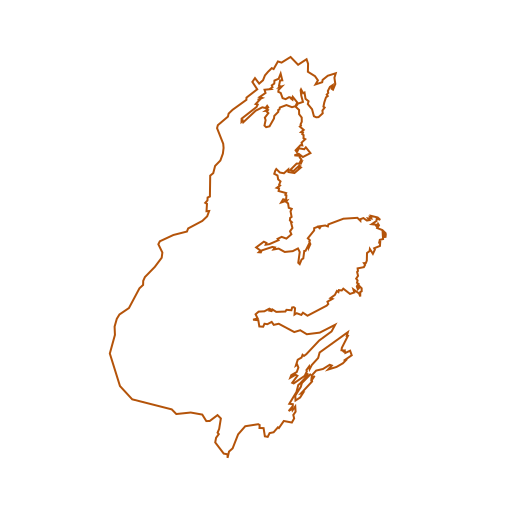 outline of Fusa nor, Hordaland, Norway, rotated 193°
{"feature_id": "86288312B62165724203406", "entity_name": "Fusa nor", "entity_type": "district", "adm_level": 2, "iso_a3": "NOR", "parent_name": "Norway", "parent_adm1": "Hordaland", "projection": "albers", "projection_center": [5.703, 60.194], "detail": "fine", "context": "isolated", "style": "outline", "palette": "amber", "viewbox_px": 512, "rotation_deg": 193, "n_neighbors": 0, "source": "geoboundaries", "source_scale": "gbopen_adm2", "svg_char_len": 6133}
<svg xmlns="http://www.w3.org/2000/svg" viewBox="0 0 512 512"><g transform="rotate(193 256 256)"><path d="M344.4,88.5L303.6,87.6L298.1,84.1L284.4,88.8L272.7,89.4L267.3,84.0L264.0,84.8L257.7,92.3L253.7,89.8L253.0,79.2L253.7,75.2L252.2,74.1L254.0,69.9L253.8,65.2L243.0,56.2L239.1,56.4L238.3,52.9L238.3,59.4L235.5,63.3L233.3,78.2L228.2,87.7L216.0,92.6L214.4,92.1L213.9,89.2L209.9,90.0L206.8,82.3L203.9,82.4L202.9,86.5L199.2,88.2L196.1,94.0L195.0,93.5L191.8,101.5L183.6,101.8L182.3,106.3L183.9,109.5L182.4,113.2L183.9,118.2L185.7,114.0L186.3,115.4L189.3,112.3L186.4,118.0L186.8,119.9L190.3,119.5L186.0,132.6L185.8,139.8L182.0,144.8L182.8,144.4L179.8,149.7L179.2,153.5L179.4,148.8L176.0,153.5L182.7,142.5L182.9,138.6L186.3,128.8L185.0,124.1L181.2,128.0L179.3,133.3L181.2,132.3L173.1,146.4L173.7,147.7L171.9,152.4L174.3,148.7L174.7,152.4L171.6,157.9L165.3,161.0L159.7,166.6L157.5,166.3L160.2,161.6L152.6,166.0L147.2,171.0L144.9,174.7L145.9,174.8L140.4,180.8L143.0,184.9L147.2,181.6L148.2,183.7L149.5,181.9L149.1,183.7L151.5,183.4L151.7,185.9L148.5,198.8L149.6,198.6L149.4,202.4L172.3,176.3L172.5,170.6L177.1,162.4L178.3,157.8L179.4,160.4L181.2,156.2L180.5,155.1L181.6,150.2L190.6,140.3L192.2,140.6L188.7,148.6L190.8,149.2L195.2,145.1L194.8,147.9L190.2,152.1L189.6,156.8L191.4,159.4L192.5,158.2L192.0,164.3L188.8,167.3L188.4,170.2L186.8,169.4L184.9,171.6L175.4,187.9L165.4,199.5L163.4,206.8L176.6,195.7L188.9,191.2L196.2,193.6L201.6,190.5L218.6,195.1L223.2,192.9L225.9,195.3L229.6,192.1L232.5,191.9L233.1,188.7L236.9,188.1L239.3,193.9L244.5,193.3L240.4,195.6L243.3,199.1L240.9,202.4L235.4,204.0L231.1,207.7L229.5,207.2L230.4,205.8L228.4,205.8L228.0,207.6L223.7,206.1L214.9,208.5L214.2,210.4L209.3,211.1L209.2,214.0L207.7,214.6L206.2,213.9L205.3,207.6L203.5,209.4L198.6,208.8L197.5,211.3L192.4,209.4L176.0,223.5L174.8,225.5L176.1,227.6L171.9,231.4L174.0,231.7L170.4,235.8L169.3,240.1L167.6,239.4L167.6,241.4L164.7,241.7L163.6,243.8L155.9,240.2L152.0,242.6L153.6,245.4L147.2,242.7L145.3,240.0L146.3,244.3L145.1,245.4L145.8,248.3L149.0,250.3L148.4,248.0L149.3,246.5L150.9,249.0L150.3,251.5L148.9,251.5L151.6,252.6L151.5,255.0L153.3,256.5L152.1,259.6L153.9,263.2L153.3,264.3L154.2,266.8L148.4,269.4L147.7,271.9L149.2,273.3L147.4,273.9L147.0,276.4L148.5,283.9L146.4,286.4L146.6,288.4L142.6,284.4L141.6,289.0L142.6,290.1L137.5,293.7L138.1,297.4L139.0,297.0L139.0,299.6L136.0,301.1L138.2,308.5L135.7,307.3L136.4,305.4L135.4,303.3L134.1,303.8L134.4,306.2L134.9,307.4L138.7,309.7L144.2,310.5L143.1,313.6L144.3,314.8L144.7,311.6L146.3,313.0L145.2,313.6L150.4,313.0L146.5,317.2L146.8,319.6L143.1,319.2L146.1,320.9L152.7,321.0L152.1,320.4L153.8,320.0L152.1,318.4L155.3,317.9L153.5,316.5L155.9,315.5L159.9,317.1L162.5,315.4L162.2,313.8L165.8,316.0L179.2,312.0L192.6,303.1L192.6,301.0L195.4,301.3L201.1,299.1L199.8,298.5L200.2,297.4L202.2,298.5L205.6,296.2L205.1,294.0L209.5,284.9L207.1,283.5L207.3,282.0L205.7,279.8L206.5,275.8L207.4,278.4L208.9,272.2L210.1,271.8L209.4,264.3L210.8,262.8L211.6,257.9L213.3,258.9L214.3,269.7L216.8,272.8L221.3,269.0L228.9,266.4L235.6,268.3L240.4,266.3L239.5,268.6L242.1,268.5L251.7,262.7L252.1,260.6L254.1,260.3L252.8,262.3L257.8,264.4L251.6,271.7L248.8,271.1L249.1,269.2L245.6,270.6L237.6,276.5L238.8,277.6L235.3,280.4L230.3,279.8L226.4,285.1L228.4,287.8L226.8,291.5L229.3,296.3L228.7,297.0L231.0,298.3L231.3,300.8L230.1,302.1L232.4,307.3L231.8,310.0L234.9,310.3L236.6,314.5L238.9,315.5L238.3,316.9L243.5,313.8L242.3,317.4L239.3,317.4L240.0,321.9L241.2,322.2L240.8,324.1L248.6,324.4L248.7,327.0L251.1,327.1L248.4,330.1L249.5,330.7L248.9,334.2L251.6,335.6L253.2,339.3L256.7,340.2L256.4,343.5L255.8,345.3L251.5,342.7L247.4,342.9L244.0,347.7L243.3,345.1L237.2,345.5L232.5,351.9L235.1,351.7L233.3,353.5L234.2,353.7L238.6,347.2L242.0,347.5L237.2,355.2L233.1,356.0L232.6,358.5L234.1,357.8L233.5,360.3L235.6,361.9L235.5,363.5L241.2,362.7L237.4,365.2L232.6,363.0L226.1,368.5L231.9,373.1L233.0,370.9L238.4,370.6L239.5,366.4L241.2,367.9L237.6,374.0L235.8,374.2L237.1,376.7L234.3,380.9L236.2,381.4L236.8,384.5L238.3,385.1L238.0,386.8L240.0,386.8L237.9,389.6L242.4,392.0L241.5,393.3L242.2,394.3L241.6,397.1L242.6,401.2L245.9,403.9L246.9,408.0L251.0,410.4L249.9,412.6L250.6,413.7L251.3,410.8L254.4,409.1L260.3,409.9L266.2,406.0L266.1,404.1L267.2,403.2L266.7,401.5L269.7,396.6L269.4,394.1L272.0,385.4L275.1,383.8L277.1,385.0L277.2,390.5L278.5,392.8L276.1,398.0L278.0,399.1L277.5,400.2L279.4,399.6L277.7,401.5L278.7,402.5L277.6,403.6L278.9,404.8L280.0,402.3L283.3,402.3L289.0,397.5L298.5,383.4L299.4,384.9L300.3,383.5L300.9,386.6L289.0,401.3L288.4,403.9L290.5,404.0L287.6,408.9L289.5,408.6L285.5,411.4L288.3,411.6L283.4,417.0L285.1,419.9L279.2,421.9L279.9,422.1L277.9,424.1L279.0,425.8L277.0,428.1L277.5,431.1L273.8,433.8L273.0,439.2L269.9,433.1L272.0,432.5L271.9,427.1L270.7,426.9L271.4,425.7L268.9,427.1L271.4,422.9L271.2,421.0L268.6,420.4L265.6,415.8L262.4,415.5L259.5,418.2L256.3,418.2L257.1,417.2L255.6,416.5L255.8,419.2L249.2,414.0L244.9,416.7L248.0,422.5L249.8,427.6L249.6,428.5L246.7,425.2L245.5,426.2L243.1,420.3L239.6,418.6L239.7,415.7L234.4,411.6L231.0,405.2L228.5,404.7L226.3,405.4L223.1,410.0L224.0,412.7L222.5,416.1L223.9,416.7L224.0,421.1L223.5,426.3L222.1,428.0L223.4,429.1L222.3,431.2L223.1,432.9L222.0,437.4L219.8,439.7L220.0,436.0L218.4,435.4L217.4,441.4L219.7,447.3L219.4,452.0L226.6,447.8L230.7,442.6L230.6,440.2L236.6,436.6L235.2,441.1L239.0,444.5L246.9,447.2L248.5,455.0L251.0,459.1L258.0,451.8L267.1,457.7L274.6,450.2L278.4,450.5L280.9,442.1L282.9,442.6L285.7,438.2L287.9,434.0L288.7,428.8L291.7,424.7L297.0,429.1L298.7,424.8L292.3,418.7L300.9,408.2L300.5,406.0L311.7,393.2L314.7,388.6L314.7,385.5L322.6,374.9L322.7,371.8L313.2,358.0L311.9,354.0L311.3,348.3L312.2,341.0L316.1,334.6L316.3,327.1L318.7,324.0L314.3,303.6L316.3,302.1L315.8,299.2L317.4,296.4L315.5,295.8L314.3,288.5L311.8,289.3L312.5,283.7L316.2,278.1L328.3,267.6L328.8,264.3L341.2,257.9L353.0,248.7L353.8,245.5L348.0,238.3L347.5,233.1L352.2,222.5L359.5,210.5L360.3,206.4L359.5,202.4L362.3,198.3L368.1,176.7L375.9,168.3L377.5,163.5L377.9,155.4L375.7,147.4L376.5,128.1L359.3,98.7L344.4,88.5Z" fill="none" stroke="#b45309" stroke-width="2"/></g></svg>